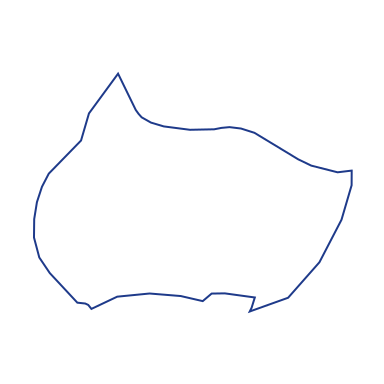 the border of Bioko Norte, rotated 176°
{"feature_id": "GNQ-1478", "entity_name": "Bioko Norte", "entity_type": "Province", "adm_level": 1, "iso_a3": "GNQ", "parent_name": "Equatorial Guinea", "parent_adm1": "", "projection": "mercator", "projection_center": [8.803, 3.644], "detail": "fine", "context": "isolated", "style": "outline", "palette": "blue", "viewbox_px": 384, "rotation_deg": 176, "n_neighbors": 0, "source": "natural_earth", "source_scale": "10m", "svg_char_len": 671}
<svg xmlns="http://www.w3.org/2000/svg" viewBox="0 0 384 384"><g transform="rotate(176 192 192)"><path d="M31.2,202.2L32.3,187.6L44.8,153.9L69.8,113.0L103.5,79.8L142.7,68.8L140.6,72.4L136.7,82.4L166.4,88.6L179.5,89.3L188.9,82.4L210.5,89.0L241.4,93.7L273.9,92.8L300.5,82.4L303.4,86.6L306.3,88.2L314.1,89.6L339.5,121.0L348.9,137.3L352.8,157.6L351.3,176.0L347.4,192.7L341.3,207.7L333.6,220.3L299.1,251.1L289.3,277.6L257.5,315.2L242.4,277.8L239.8,273.6L237.0,270.0L228.1,264.1L215.6,259.4L189.7,254.2L165.5,253.0L158.2,253.9L150.1,254.1L138.7,251.9L125.6,246.7L83.8,217.2L71.2,210.0L45.4,201.5L31.3,202.2L31.2,202.2Z" fill="none" stroke="#1e3a8a" stroke-width="2"/></g></svg>